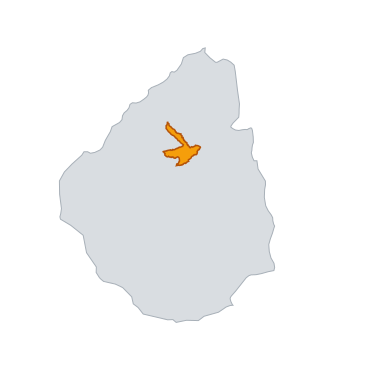 location of Tambores, Paysandú, Uruguay, rotated 38°
{"feature_id": "84410073B26117167453327", "entity_name": "Tambores", "entity_type": "district", "adm_level": 2, "iso_a3": "URY", "parent_name": "Uruguay", "parent_adm1": "Paysandú", "projection": "natural_earth1", "projection_center": [-56.592, -32.019], "detail": "fine", "context": "in_parent", "style": "filled", "palette": "amber", "viewbox_px": 384, "rotation_deg": 38, "n_neighbors": 0, "source": "geoboundaries", "source_scale": "gbopen_adm2", "svg_char_len": 6817}
<svg xmlns="http://www.w3.org/2000/svg" viewBox="0 0 384 384"><g transform="rotate(38 192 192)"><path d="M294.0,256.0L291.9,258.0L289.7,261.6L286.9,270.4L278.0,282.5L276.2,289.4L266.6,296.5L259.8,304.5L255.5,304.3L251.5,307.7L228.7,318.2L220.6,316.2L214.6,316.3L209.0,311.7L196.2,310.0L188.2,311.8L177.4,316.9L174.2,316.8L171.8,316.5L166.0,314.4L162.8,310.0L146.3,304.8L132.9,293.1L117.1,292.9L105.1,294.4L103.2,292.9L101.9,289.9L99.4,285.5L89.0,275.2L80.7,264.9L79.1,254.8L80.2,243.9L82.5,230.9L82.1,226.8L85.1,224.5L88.1,224.0L91.0,220.7L93.6,215.6L94.0,211.7L91.9,204.6L90.5,194.7L88.8,189.7L92.1,181.9L92.3,178.1L90.3,174.7L89.8,171.3L90.6,167.7L90.5,164.4L89.2,161.1L90.1,158.4L93.2,156.3L95.5,153.0L96.9,148.6L97.7,145.2L97.7,142.9L96.8,140.7L94.9,138.7L95.8,134.6L99.4,128.4L101.7,123.0L102.8,118.3L102.7,114.4L101.5,111.5L102.0,109.5L104.2,108.5L105.2,105.4L104.8,97.7L102.5,91.4L104.3,86.4L109.3,80.6L112.0,76.0L112.2,72.4L113.7,70.3L116.2,74.2L123.4,75.2L130.7,75.3L131.9,74.4L134.7,68.1L138.5,66.3L142.6,65.8L147.1,66.1L151.8,70.3L165.3,83.9L175.2,93.4L178.2,97.8L180.8,101.2L182.8,104.3L181.9,112.4L182.1,115.9L182.5,116.9L184.8,117.0L188.1,116.4L191.0,114.7L193.2,112.1L195.3,110.0L197.1,108.9L197.7,107.2L198.7,105.4L199.7,105.0L201.7,106.3L206.3,110.9L209.9,115.2L210.7,117.7L212.1,120.2L213.6,122.4L214.6,124.6L218.1,127.4L221.6,129.2L223.9,127.4L229.9,133.2L243.1,138.2L245.5,141.1L247.7,145.3L252.3,151.7L258.6,157.5L263.7,159.9L268.6,161.3L271.4,162.6L273.3,164.8L276.2,167.1L278.1,168.0L278.8,170.1L280.7,174.8L282.6,180.7L284.8,186.1L289.5,191.3L294.9,195.4L300.5,197.7L303.6,200.6L304.9,203.5L301.1,207.9L297.0,213.5L293.3,217.8L289.6,220.9L288.3,223.0L287.5,226.2L287.4,243.4L287.0,249.8L287.2,251.5L287.8,252.7L290.1,254.4L292.9,255.8L294.0,256.0Z" fill="#d9dde1" stroke="#a8b0b8" stroke-width="1"/><path d="M163.6,180.7L163.8,180.5L163.9,180.3L164.1,180.1L164.3,179.9L164.5,179.6L164.8,179.3L164.9,179.2L165.2,179.1L165.5,178.8L165.8,178.7L165.9,178.4L166.1,178.2L166.3,178.1L166.4,177.9L166.5,177.8L166.7,177.7L166.8,177.7L167.1,177.2L167.1,176.9L167.5,176.6L167.8,176.4L167.9,175.9L168.0,175.6L168.0,175.4L167.8,175.2L168.0,174.9L168.1,174.4L168.4,174.1L168.4,173.9L168.5,173.7L168.8,173.5L168.9,173.4L169.2,173.5L169.3,173.5L169.4,173.4L169.5,173.2L169.4,173.0L169.4,172.7L169.4,172.4L169.6,172.1L169.6,171.9L169.6,171.3L169.9,171.0L170.0,170.9L170.1,170.7L170.3,170.1L170.4,169.8L170.1,169.8L169.7,169.4L169.5,169.2L169.4,169.0L169.3,168.8L169.3,168.7L169.5,168.2L169.8,167.9L169.9,167.5L169.9,167.3L170.0,167.1L170.2,166.3L170.3,165.9L170.2,165.3L170.1,165.1L169.9,164.7L169.9,164.4L170.0,164.3L170.0,163.9L170.1,163.6L170.3,163.3L170.4,163.2L170.5,163.0L170.6,162.9L170.7,162.3L170.5,161.9L170.9,161.4L171.0,161.1L171.1,160.9L171.4,160.9L171.4,160.6L171.5,160.5L172.1,160.0L172.3,159.9L172.2,159.7L172.3,159.2L172.5,158.8L172.4,158.7L172.2,158.4L172.1,158.1L171.8,157.4L171.7,157.4L171.3,157.3L171.3,157.2L171.2,157.1L171.2,156.8L171.2,156.5L171.0,156.3L171.0,156.2L170.9,156.0L170.9,155.9L171.1,155.5L170.9,155.3L171.0,155.1L171.1,154.9L171.2,154.6L171.2,154.0L171.3,153.7L171.5,153.7L171.4,153.5L171.2,153.3L171.3,152.9L171.3,152.6L171.2,152.4L171.2,152.0L171.0,151.8L171.0,151.6L170.8,151.6L170.5,151.4L170.4,151.5L169.7,151.5L168.0,151.9L167.5,152.2L167.3,152.5L166.7,152.7L166.2,152.8L166.0,153.0L165.9,153.1L166.1,154.3L166.0,154.5L165.8,154.6L165.4,155.0L165.0,156.2L164.6,156.2L163.9,156.4L163.3,158.3L162.5,158.3L162.3,157.9L161.7,157.8L160.9,157.8L160.3,157.7L160.1,157.9L159.7,157.8L159.7,157.7L159.7,157.3L159.6,157.2L159.4,157.2L159.3,157.3L158.8,157.4L158.0,156.9L157.9,156.7L157.6,156.3L157.3,156.3L156.6,156.7L156.3,156.7L156.0,156.7L155.9,156.5L155.7,156.6L155.2,156.4L154.7,156.4L154.3,155.9L154.1,155.9L153.7,156.3L153.3,156.1L153.1,156.0L152.8,155.8L152.6,155.4L152.4,155.3L152.1,155.2L151.9,155.2L151.7,155.1L151.6,154.9L151.6,154.7L151.4,154.5L151.2,154.5L150.9,154.7L150.5,155.2L150.3,155.0L149.9,154.4L149.6,154.2L149.5,153.9L149.4,153.8L149.2,153.8L148.9,153.8L148.7,153.8L148.6,153.7L148.4,153.8L148.1,153.8L147.9,153.7L147.7,153.6L147.4,153.5L147.2,153.4L147.0,153.5L147.0,153.4L146.9,153.5L146.7,153.6L146.3,153.7L146.2,153.8L145.9,153.8L145.6,154.0L145.4,154.1L145.1,154.1L144.9,154.3L144.7,154.5L144.3,154.8L144.0,154.8L143.7,154.9L143.4,154.7L143.0,154.8L142.7,154.9L142.4,154.5L142.1,154.6L141.8,154.4L141.5,154.4L141.1,154.3L140.9,154.1L140.7,153.8L140.1,153.8L139.6,153.7L139.2,153.7L138.9,153.7L138.4,154.0L137.9,154.1L137.4,154.0L136.9,153.9L136.5,153.9L136.3,153.9L136.2,153.9L135.8,153.9L135.7,153.8L135.4,153.6L135.1,153.5L134.6,153.7L134.4,153.7L134.2,153.8L133.8,153.8L133.5,153.8L133.4,153.7L133.2,153.6L132.9,153.6L132.8,153.4L132.4,153.1L132.1,152.8L132.0,152.7L131.9,152.5L131.5,152.6L131.3,152.6L131.0,152.6L130.9,152.5L130.5,152.5L130.2,152.3L130.0,151.9L129.5,151.9L129.4,151.8L129.7,152.3L129.9,152.6L130.1,152.9L130.4,153.0L130.6,153.3L130.6,153.8L130.9,154.3L131.0,154.6L130.9,154.9L130.8,155.1L130.8,155.7L131.0,156.0L131.7,156.7L131.9,157.1L132.5,157.7L132.6,158.0L133.6,158.1L136.4,159.0L137.6,158.9L139.9,159.4L141.7,159.3L142.6,158.9L144.3,159.0L145.7,159.5L146.6,159.2L147.9,159.5L149.5,160.1L149.8,159.9L150.7,159.6L152.5,160.2L154.7,160.1L156.1,160.0L156.3,160.4L156.3,160.6L156.3,161.1L156.4,161.4L156.2,161.7L156.3,161.9L156.4,162.0L156.1,162.3L155.9,162.6L155.8,162.9L155.7,163.0L155.0,164.3L154.8,164.4L154.6,164.3L154.2,164.8L154.2,165.5L153.8,165.8L153.8,166.5L153.3,167.1L153.1,167.1L152.9,167.3L152.8,167.8L152.6,168.1L152.6,168.5L152.3,168.8L152.3,169.3L151.9,169.7L151.4,170.2L151.2,170.2L150.7,170.2L150.5,170.6L150.5,170.8L150.7,171.2L150.7,171.4L150.6,171.5L150.1,171.6L149.8,172.0L149.7,172.2L149.4,172.2L149.2,172.0L148.8,172.2L148.7,172.5L148.6,172.8L147.9,173.5L147.7,173.6L147.4,174.0L147.2,174.3L146.9,174.6L146.9,174.8L146.9,175.2L146.7,175.4L146.5,175.5L146.3,175.5L146.2,175.8L146.0,176.1L145.5,176.4L145.5,176.8L145.5,177.1L145.0,177.2L144.8,177.3L144.7,177.5L144.4,177.9L144.6,178.1L144.8,178.1L145.3,177.8L145.7,177.7L146.0,177.9L146.1,178.2L146.5,178.4L146.9,178.3L147.1,178.3L147.2,178.7L147.8,179.5L148.2,179.7L148.5,179.6L149.1,179.6L149.6,179.8L150.4,179.6L150.8,179.6L151.4,179.0L151.5,178.5L151.5,178.3L151.9,178.3L152.6,178.4L152.8,178.3L153.0,178.0L153.3,177.8L154.0,177.7L154.1,177.3L154.3,177.1L154.6,177.2L154.8,176.7L155.2,176.5L155.3,176.2L155.8,176.4L156.1,176.4L156.3,176.1L156.7,176.3L157.8,175.9L158.1,175.6L158.1,174.9L158.7,174.2L158.7,173.6L158.9,173.2L159.5,173.0L159.9,172.9L160.6,173.1L161.0,173.1L161.4,173.5L161.9,174.0L162.1,174.3L162.4,174.5L162.5,174.7L162.7,174.8L162.8,175.0L163.2,175.5L163.1,176.0L163.3,176.2L163.2,176.5L163.8,178.6L163.2,178.8L163.3,179.3L162.8,179.5L163.3,180.4L163.6,180.4L163.6,180.7Z" fill="#f59e0b" stroke="#b45309" stroke-width="1.5"/></g></svg>